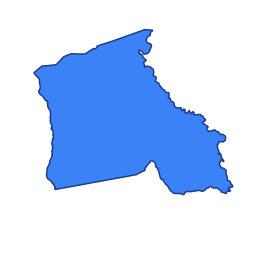 the district of Paranaíta, Mato Grosso, Brazil, rotated 164°
{"feature_id": "56859067B42865578670852", "entity_name": "Paranaíta", "entity_type": "district", "adm_level": 2, "iso_a3": "BRA", "parent_name": "Brazil", "parent_adm1": "Mato Grosso", "projection": "robinson", "projection_center": [-56.79, -9.567], "detail": "fine", "context": "isolated", "style": "filled", "palette": "blue", "viewbox_px": 256, "rotation_deg": 164, "n_neighbors": 0, "source": "geoboundaries", "source_scale": "gbopen_adm2", "svg_char_len": 5675}
<svg xmlns="http://www.w3.org/2000/svg" viewBox="0 0 256 256"><g transform="rotate(164 128 128)"><path d="M51.8,38.1L51.3,39.2L48.7,39.5L47.8,39.2L46.9,39.4L47.0,40.5L47.6,41.4L48.5,41.7L48.2,42.3L46.9,42.8L46.2,42.8L45.4,42.6L44.3,42.4L43.6,42.8L43.3,43.8L44.1,45.2L44.5,46.5L44.5,47.2L44.6,48.0L45.0,48.9L45.6,49.6L46.5,49.9L46.9,50.4L46.2,53.6L46.1,54.5L46.4,55.2L46.4,56.0L46.0,58.7L45.5,59.7L45.4,60.5L45.7,61.1L47.6,63.2L48.3,63.7L49.2,64.0L49.6,64.8L49.6,65.7L49.9,66.6L50.0,67.5L49.9,68.4L49.7,69.2L48.4,69.9L48.1,70.9L47.8,71.6L47.0,71.5L46.5,71.1L46.2,70.5L45.6,69.5L45.0,69.9L45.4,70.9L45.9,72.6L46.2,73.6L46.2,74.7L46.1,76.6L46.2,77.8L46.6,78.4L47.4,78.1L48.2,77.9L48.2,78.6L47.3,79.9L47.0,80.5L47.4,82.5L47.5,83.4L47.2,85.3L47.2,87.0L46.7,87.4L45.9,87.5L45.2,88.3L44.8,89.3L44.1,89.5L43.1,89.3L42.4,89.3L41.7,89.1L40.6,88.5L39.7,88.5L38.9,89.0L38.0,89.3L37.5,90.0L37.1,91.5L36.8,92.2L36.6,93.1L37.2,94.1L38.9,95.9L40.7,96.3L41.2,96.8L42.0,98.7L42.4,99.4L43.1,100.0L44.3,100.7L44.7,101.4L45.0,102.1L45.8,102.5L47.3,102.1L48.6,102.4L49.4,102.2L50.0,102.2L50.7,102.2L51.1,102.6L51.4,103.3L52.3,103.6L52.6,105.3L52.3,106.0L51.5,106.4L50.7,107.0L51.1,107.9L52.1,108.7L53.4,110.5L54.5,112.0L54.7,112.8L54.0,113.3L53.3,113.2L52.4,113.5L51.7,114.0L51.1,114.9L51.8,115.8L52.4,116.5L52.6,117.3L52.6,118.2L53.3,119.2L54.3,119.6L54.3,120.5L54.7,121.0L55.4,121.1L56.2,121.5L57.9,121.8L58.8,122.1L60.5,122.2L61.1,123.1L61.0,123.8L60.3,124.5L60.5,125.3L61.0,125.7L61.9,125.4L62.5,124.7L63.3,124.3L63.7,124.8L63.9,125.6L64.0,126.6L64.3,127.6L65.1,127.5L65.8,126.8L66.4,126.4L67.6,126.2L68.7,127.0L68.7,128.1L68.2,129.8L68.7,130.5L69.3,130.8L69.9,130.3L70.4,129.6L71.4,129.8L71.7,130.4L71.3,132.0L71.6,132.8L72.2,133.1L74.3,133.5L76.0,134.2L77.1,135.9L77.2,136.9L77.0,139.1L77.1,139.8L77.4,140.5L78.1,141.1L79.0,141.5L79.5,142.4L79.3,143.3L79.1,143.9L79.8,145.7L80.8,145.8L80.9,146.5L79.9,147.4L79.5,148.0L79.3,148.6L79.3,149.6L79.0,150.5L79.4,151.0L80.1,151.1L81.0,151.5L81.6,151.8L82.0,152.4L82.4,153.7L82.7,154.4L84.0,155.8L84.2,156.6L84.6,157.5L85.3,159.0L85.7,160.2L86.2,161.1L86.0,161.8L86.0,162.6L88.1,164.6L88.9,165.1L88.5,166.0L88.0,166.7L87.2,168.1L87.0,169.0L87.5,170.0L89.4,171.2L89.5,171.9L88.8,172.8L88.0,174.0L87.8,174.8L87.7,175.6L87.7,177.4L88.8,179.2L89.4,180.1L90.1,180.8L90.9,181.2L91.9,182.0L93.4,182.3L95.1,181.9L95.1,182.9L94.9,183.7L94.9,184.9L95.0,186.3L94.5,186.9L93.7,187.1L93.1,187.5L92.4,187.6L91.9,188.2L92.1,188.9L92.8,189.5L93.2,190.5L93.8,191.3L94.1,192.2L94.0,193.2L95.0,195.2L95.4,195.8L97.1,196.9L96.5,197.8L96.3,199.4L95.7,199.7L95.0,199.1L94.0,198.1L93.5,197.5L92.9,196.4L92.8,195.2L92.2,194.5L91.2,194.5L89.8,194.1L88.6,194.3L86.8,195.2L85.4,196.8L83.4,199.5L82.8,200.5L82.6,201.3L82.9,202.2L83.3,202.8L84.1,203.5L85.2,204.1L85.7,204.5L86.2,205.0L86.3,205.9L86.2,207.0L85.9,207.8L85.7,208.6L85.1,209.4L83.5,210.3L82.5,211.1L81.6,210.7L80.9,211.2L80.5,212.4L80.1,213.4L79.4,214.0L78.5,214.2L77.9,214.6L77.5,215.3L83.8,217.6L84.9,217.9L85.6,217.9L118.7,215.8L124.4,215.6L125.3,215.6L135.0,215.3L135.7,214.0L136.4,213.6L137.4,213.3L138.3,213.3L138.9,213.5L139.6,213.9L140.6,213.4L144.3,212.5L148.7,210.9L156.6,213.2L160.4,214.5L161.0,214.6L162.6,215.0L167.4,214.6L170.2,214.2L179.1,208.9L180.0,208.7L189.2,210.3L192.5,211.1L193.1,211.1L194.0,211.0L195.4,210.5L200.1,208.4L201.6,207.8L203.0,207.1L202.9,205.8L200.7,201.3L199.9,200.3L199.8,199.2L199.9,198.2L200.6,196.1L200.7,194.4L200.8,192.5L201.1,191.4L201.4,190.6L202.0,189.7L203.1,188.8L203.5,188.2L203.8,187.1L203.6,185.5L203.2,184.8L202.6,184.0L202.2,183.4L201.3,182.2L200.9,181.3L200.7,179.8L200.3,179.4L200.0,178.7L199.8,177.5L198.4,176.6L198.6,175.8L198.3,174.9L197.9,174.2L198.8,173.5L198.6,172.4L199.1,171.7L199.1,169.9L198.8,169.3L199.0,168.5L198.4,167.4L198.2,166.0L198.0,165.3L198.1,164.3L198.7,163.5L198.6,162.4L198.8,161.4L199.4,161.0L199.5,160.2L200.1,158.6L199.8,157.9L200.4,157.3L200.9,156.1L201.0,155.0L200.8,154.0L200.8,153.1L200.6,152.2L200.5,151.3L200.6,150.2L201.4,149.8L201.2,149.0L201.3,148.3L202.0,148.3L201.7,147.1L200.8,145.6L201.1,144.7L201.4,143.6L201.3,142.9L201.9,142.6L202.1,142.0L201.8,141.4L202.0,140.6L202.3,139.5L203.0,138.9L202.8,138.0L203.5,137.9L204.2,137.1L204.4,135.8L205.4,134.4L205.8,133.5L205.4,132.3L205.4,130.8L206.1,130.1L206.3,128.5L207.0,127.4L207.7,126.6L207.8,125.9L207.8,124.7L208.0,123.2L208.7,122.9L208.9,121.9L209.9,120.3L210.7,119.5L211.8,118.5L212.2,117.8L213.0,115.9L214.6,113.9L216.2,112.3L216.9,111.4L217.4,110.1L217.6,108.8L218.1,107.7L218.6,106.9L219.1,105.8L219.4,104.5L219.4,103.5L219.3,101.7L218.9,100.9L218.5,100.4L217.1,99.0L216.4,97.5L216.0,96.0L214.8,93.4L214.6,92.5L214.4,90.9L214.9,90.6L215.0,89.0L132.2,80.8L131.6,81.2L129.5,81.7L128.9,81.6L128.1,81.7L127.5,82.1L126.8,82.4L124.6,82.2L124.0,82.4L123.1,83.1L123.0,84.0L122.6,84.7L121.9,85.3L121.3,85.5L120.3,86.5L118.7,87.7L116.8,88.8L116.2,89.0L115.7,89.6L115.1,90.0L114.4,90.0L113.7,89.7L112.1,88.0L111.3,86.4L111.6,85.4L111.9,83.5L111.8,82.7L110.9,81.4L110.7,80.5L110.4,77.5L110.6,74.2L110.5,73.4L110.7,71.9L110.6,71.2L109.9,69.0L108.6,68.8L108.4,68.1L108.2,66.5L108.0,65.6L107.7,64.9L107.5,64.0L107.2,63.4L106.1,61.6L105.5,60.3L104.9,57.2L104.6,56.5L103.0,53.9L101.4,52.2L100.6,52.1L98.5,51.3L97.0,51.1L96.4,50.9L95.1,50.0L93.8,49.0L93.0,48.7L92.3,48.9L91.7,49.3L91.3,50.0L90.5,50.5L89.0,50.6L87.5,50.3L85.7,49.6L83.4,49.3L81.8,49.1L81.1,48.8L80.4,48.9L79.6,48.9L76.8,48.4L76.1,48.1L74.5,46.9L73.9,46.7L73.0,46.6L71.4,47.0L69.6,48.2L68.9,48.3L67.6,48.3L66.9,48.4L65.6,49.1L64.9,49.2L64.2,48.8L63.9,48.2L62.2,46.7L61.4,46.4L59.2,45.9L56.9,43.5L56.4,42.4L55.8,41.6L55.8,40.5L54.1,39.9L53.7,39.2L51.8,38.1Z" fill="#3b82f6" stroke="#1e3a8a" stroke-width="1.5"/></g></svg>